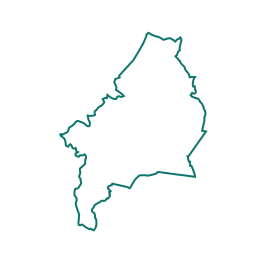 Sasca Montana, Caras-Severin, Romania, rotated 153°
{"feature_id": "2599482B70616136080188", "entity_name": "Sasca Montana", "entity_type": "district", "adm_level": 2, "iso_a3": "ROU", "parent_name": "Romania", "parent_adm1": "Caras-Severin", "projection": "mercator", "projection_center": [21.728, 44.889], "detail": "fine", "context": "isolated", "style": "outline", "palette": "teal", "viewbox_px": 256, "rotation_deg": 153, "n_neighbors": 0, "source": "geoboundaries", "source_scale": "gbopen_adm2", "svg_char_len": 5651}
<svg xmlns="http://www.w3.org/2000/svg" viewBox="0 0 256 256"><g transform="rotate(153 128 128)"><path d="M69.0,203.0L70.1,201.4L76.2,196.3L84.2,191.1L92.3,186.1L102.3,182.3L112.3,178.5L112.5,176.8L117.1,177.4L119.4,175.2L119.7,170.5L119.9,169.4L121.4,167.3L120.0,165.1L118.0,161.1L117.2,158.4L119.8,158.6L121.7,160.5L123.4,160.7L125.3,159.3L127.3,160.2L129.1,162.4L130.6,165.0L131.3,166.8L133.2,164.2L134.7,165.2L137.4,165.2L137.4,161.8L139.5,160.6L141.9,159.8L143.3,160.1L144.5,159.9L146.9,158.9L148.1,158.3L149.8,158.1L150.0,157.9L150.3,157.7L150.5,157.4L150.6,157.1L150.8,156.9L151.1,155.7L151.5,154.6L152.3,154.6L153.2,154.9L154.2,155.1L155.9,155.8L158.3,157.4L159.1,154.7L159.4,153.5L159.4,151.7L159.6,149.9L159.9,149.5L160.2,149.1L160.4,148.6L160.6,148.1L161.4,147.4L162.2,147.4L162.4,147.5L162.9,147.8L163.4,148.2L163.5,148.4L163.7,148.7L164.1,149.7L164.4,150.6L164.7,151.5L165.8,153.1L167.1,154.6L167.8,155.4L169.5,157.1L170.4,157.3L171.9,157.1L172.5,156.7L173.1,156.4L173.7,156.1L174.4,155.9L177.1,155.3L179.7,155.1L180.6,154.8L181.0,154.4L181.4,154.0L181.7,153.5L182.0,153.0L183.4,152.1L184.4,151.8L185.7,151.9L187.0,152.0L188.1,151.8L189.2,151.8L190.4,153.0L190.9,153.2L191.2,152.8L191.4,152.3L191.4,151.5L191.0,150.9L190.4,149.3L189.7,147.6L189.6,146.7L189.6,146.0L190.2,143.2L190.9,141.9L190.9,141.7L191.1,140.9L191.1,140.1L190.8,139.6L190.5,139.2L190.1,138.8L189.7,138.5L188.1,139.6L186.9,139.8L186.4,139.0L186.3,137.9L186.4,137.1L186.4,136.2L186.4,135.1L186.3,134.9L186.2,134.7L185.8,134.4L185.5,134.3L185.0,134.1L184.6,134.0L184.2,134.0L183.8,134.0L183.7,133.2L184.0,132.7L184.3,132.2L184.4,131.6L184.5,131.0L184.3,130.3L184.3,130.2L183.9,129.7L183.5,129.2L183.8,129.1L184.3,129.1L184.5,129.1L185.0,129.3L186.4,129.0L187.0,127.8L186.9,126.9L185.6,125.2L184.8,124.8L184.4,124.9L184.0,125.0L183.6,125.2L183.2,125.5L182.6,125.1L181.9,124.8L181.3,124.5L180.6,124.2L180.1,124.1L179.7,124.1L179.2,124.2L178.8,124.3L178.3,123.3L178.4,122.1L178.6,121.0L179.2,120.1L180.1,119.6L181.4,117.7L181.7,116.8L182.2,116.0L182.8,115.5L183.5,115.2L184.6,114.9L185.6,114.5L187.1,114.2L188.6,113.9L189.4,113.5L190.0,112.4L190.5,110.5L191.4,109.1L192.5,108.1L193.5,107.1L193.7,106.2L193.4,104.0L194.1,102.6L194.5,100.5L195.5,99.4L196.4,98.9L197.5,98.4L198.3,97.7L199.8,97.1L201.2,97.1L202.3,97.8L203.2,97.3L205.1,94.7L206.1,92.7L206.1,91.3L205.9,90.8L205.8,90.2L205.7,89.7L205.7,89.1L206.5,86.9L207.1,86.4L207.6,85.9L208.2,85.4L208.7,84.8L209.5,82.4L210.6,74.9L210.8,73.0L211.5,72.1L213.6,68.4L215.3,65.9L215.9,64.1L215.1,63.2L214.5,63.0L213.0,62.9L212.4,62.4L212.0,61.5L211.6,60.6L211.2,59.7L210.7,58.8L209.6,57.1L208.4,55.5L208.3,55.3L207.7,55.0L206.8,55.1L206.5,54.7L205.6,53.0L205.0,52.4L204.4,52.6L202.3,53.7L199.9,56.3L198.2,60.1L197.8,61.5L198.1,62.2L198.2,62.9L198.0,63.5L197.4,64.5L196.7,66.3L196.7,67.1L197.7,69.4L197.8,69.9L197.8,70.4L197.7,70.7L197.4,71.3L196.9,71.7L196.6,72.0L194.7,72.8L193.4,74.0L192.6,74.4L188.3,74.9L186.6,74.6L185.2,75.1L184.4,75.1L183.9,74.9L182.6,74.0L182.1,73.9L181.3,73.6L180.8,73.8L180.6,73.9L179.9,74.4L179.4,74.4L178.9,74.8L178.7,74.9L178.4,74.7L178.0,74.3L176.9,74.6L176.3,74.8L176.2,74.9L175.0,75.6L174.7,76.0L174.7,76.6L174.8,77.2L174.5,77.6L174.2,77.9L173.9,78.0L173.7,78.3L173.9,78.8L173.9,79.2L173.8,79.6L173.7,79.7L173.2,79.5L172.3,79.5L172.1,79.6L172.2,79.9L172.7,80.7L172.7,81.1L172.8,82.0L172.8,82.4L173.1,83.0L173.3,83.2L173.3,83.4L173.1,83.9L172.7,84.4L172.1,84.7L171.6,84.8L171.0,84.9L169.6,84.7L169.2,84.8L168.6,84.4L168.0,84.8L167.6,85.3L167.2,85.5L164.9,83.6L155.7,75.9L153.7,73.5L147.1,77.7L144.9,78.9L139.5,80.6L137.5,79.8L135.5,78.8L134.5,78.3L133.6,77.7L132.7,77.1L131.8,76.4L126.3,75.1L123.5,74.6L122.6,74.8L122.3,74.9L122.1,75.2L121.5,75.1L120.6,75.0L120.1,74.5L104.7,63.8L102.5,62.4L90.5,54.1L89.7,56.1L89.1,60.3L88.6,65.4L89.8,65.9L89.3,67.1L89.3,67.6L88.8,68.6L88.6,69.1L88.1,69.9L89.0,70.4L88.7,72.2L88.1,74.1L87.8,75.5L87.4,75.1L66.5,86.1L60.1,89.5L63.2,91.9L57.7,98.6L57.4,98.8L56.6,99.9L56.4,100.1L56.2,100.4L56.0,100.7L55.9,101.0L55.8,101.7L55.6,102.0L55.5,102.3L55.2,102.8L55.0,103.0L54.3,103.5L53.7,104.0L53.4,104.5L52.9,105.0L52.6,105.5L52.1,106.4L51.8,107.3L51.7,108.0L51.6,108.4L51.7,109.3L51.7,110.7L51.7,111.4L51.6,111.5L51.3,111.7L51.2,112.0L51.1,112.4L51.1,112.8L51.2,113.2L51.1,113.9L51.2,114.3L51.2,114.9L51.2,115.4L51.1,116.1L51.3,117.1L51.6,117.6L51.8,118.1L51.9,118.4L51.9,118.6L51.9,118.8L51.8,119.2L51.7,119.4L51.8,119.7L51.8,120.3L52.0,121.0L52.2,121.9L52.5,122.5L53.4,123.1L53.5,123.2L53.7,123.9L53.8,123.9L54.0,124.0L54.4,124.1L54.5,124.2L54.8,124.7L55.2,125.3L55.8,125.7L56.1,126.0L56.7,126.8L56.8,127.3L57.2,128.3L57.3,128.8L56.9,129.0L56.6,129.2L55.4,129.8L55.0,130.1L54.9,130.2L54.7,130.1L54.6,129.4L54.5,129.2L54.2,129.1L53.7,128.9L53.5,128.7L53.2,128.5L52.8,128.5L52.5,128.5L51.9,128.7L51.4,129.1L51.0,129.5L50.9,129.7L50.8,130.0L50.8,130.3L50.9,131.5L50.7,131.7L50.6,132.1L50.0,133.8L49.8,134.4L49.7,135.1L51.1,135.4L51.0,136.0L50.8,136.8L50.4,137.6L49.9,138.4L49.1,139.4L48.8,139.9L48.2,140.9L46.5,142.3L45.9,142.7L45.6,142.8L45.2,143.0L48.7,144.8L50.0,145.2L49.4,147.2L49.5,149.7L50.3,152.9L50.4,154.9L49.9,156.3L51.3,161.0L51.6,163.0L51.3,164.2L51.9,165.6L52.3,167.8L52.6,168.4L52.8,169.1L53.0,169.7L53.1,170.4L51.2,170.8L49.9,172.2L48.4,173.3L46.5,173.8L46.2,175.0L46.0,175.4L44.3,177.6L42.5,179.8L42.0,180.4L40.4,182.1L40.1,184.2L40.4,185.0L41.6,184.3L43.0,184.6L44.6,184.4L46.7,183.6L47.1,184.1L47.3,185.3L47.9,186.2L48.5,187.0L49.1,187.9L49.6,188.8L51.2,189.5L56.4,190.5L57.5,192.3L58.6,194.3L59.7,195.3L60.7,196.5L61.6,196.8L62.5,198.1L64.4,200.1L66.0,202.8L66.8,203.6L67.9,203.0L69.0,203.0Z" fill="none" stroke="#0f766e" stroke-width="2"/></g></svg>